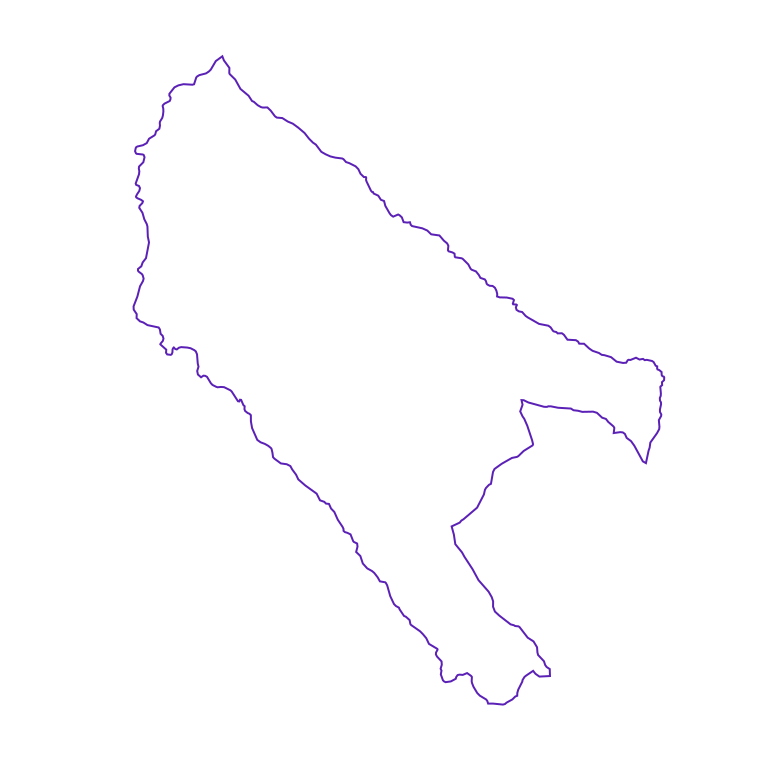 the district of Albán (San José), Nariño, Colombia, rotated 98°
{"feature_id": "7082276B58803331462787", "entity_name": "Albán (San José)", "entity_type": "district", "adm_level": 2, "iso_a3": "COL", "parent_name": "Colombia", "parent_adm1": "Nariño", "projection": "mercator", "projection_center": [-77.067, 1.474], "detail": "fine", "context": "isolated", "style": "outline", "palette": "violet", "viewbox_px": 768, "rotation_deg": 98, "n_neighbors": 0, "source": "geoboundaries", "source_scale": "gbopen_adm2", "svg_char_len": 6156}
<svg xmlns="http://www.w3.org/2000/svg" viewBox="0 0 768 768"><g transform="rotate(98 384 384)"><path d="M82.0,589.7L87.6,595.5L96.8,599.3L98.9,600.9L101.2,603.5L103.8,609.8L105.5,611.9L106.6,612.6L113.6,613.8L114.3,615.4L115.0,624.3L116.9,629.2L119.4,632.8L126.4,636.9L128.3,636.7L130.1,635.2L131.8,635.1L133.6,635.6L136.9,640.4L138.6,641.7L139.5,641.9L142.0,640.9L144.9,640.4L148.6,640.3L151.3,640.6L155.2,642.3L156.7,642.4L159.3,641.8L162.5,642.0L165.4,644.9L168.7,645.3L169.7,645.9L173.8,650.8L178.5,652.5L181.1,656.0L183.1,661.2L183.8,662.2L184.9,662.7L188.1,662.9L190.0,661.8L190.5,661.0L190.3,654.8L190.6,653.9L192.7,652.7L197.9,653.2L202.7,656.8L204.7,656.8L207.4,655.9L210.4,655.8L220.0,657.8L221.3,657.1L222.0,654.2L224.0,652.9L226.9,653.2L230.6,655.0L232.9,655.7L233.7,655.3L234.4,653.9L235.5,650.0L236.6,648.1L238.5,648.5L241.6,650.8L243.6,650.9L248.1,647.0L254.2,644.3L258.6,641.2L260.9,640.2L270.9,638.4L276.5,636.4L292.5,637.2L297.2,639.9L301.2,640.7L304.3,643.6L306.0,643.4L306.8,642.7L308.8,639.1L309.9,638.1L313.1,636.7L315.6,637.0L321.2,639.2L331.7,640.4L342.0,642.8L345.2,642.2L349.2,638.6L353.2,638.2L355.9,634.4L356.6,630.8L358.6,626.4L359.4,615.0L361.2,613.5L365.4,612.2L367.1,609.9L369.7,608.7L372.1,609.0L375.1,610.9L375.9,611.0L380.3,604.4L383.4,604.2L384.9,602.8L384.8,599.2L384.1,598.4L382.1,597.9L379.4,598.2L378.0,597.9L377.1,597.2L378.4,595.6L378.6,594.0L376.6,592.1L375.7,590.0L375.3,583.9L375.5,580.5L376.9,576.5L377.9,574.9L380.6,573.3L389.6,571.3L392.7,570.1L397.1,570.8L400.5,569.6L402.8,566.1L400.9,564.0L400.8,562.3L401.5,560.3L407.4,555.5L408.8,553.7L410.1,549.9L410.4,548.4L409.6,545.0L409.4,541.9L411.6,535.3L412.5,533.9L421.4,526.2L421.4,524.9L419.6,524.4L419.6,523.3L424.5,520.3L425.4,518.9L428.3,518.7L430.0,517.8L431.7,515.0L432.2,513.1L433.4,511.5L439.5,510.6L446.0,508.5L457.0,501.7L458.9,498.1L459.9,493.7L461.3,490.1L463.1,487.1L464.0,486.3L467.6,484.9L471.9,483.7L473.2,482.1L477.0,475.1L477.0,469.1L478.3,465.3L481.3,463.1L486.1,458.4L490.4,455.6L495.4,447.9L502.0,435.4L508.1,431.2L509.0,426.7L510.5,424.8L510.4,421.8L514.7,419.1L517.6,415.4L524.8,410.9L531.2,405.2L533.0,404.0L535.1,403.6L536.1,402.1L536.5,399.5L537.6,396.2L544.0,392.6L544.6,391.8L545.7,388.4L548.7,387.6L554.2,388.2L557.6,383.5L564.7,380.0L568.9,375.0L570.9,369.8L572.4,367.4L576.4,363.3L580.0,360.6L580.2,355.2L580.7,354.5L583.0,352.8L593.2,348.3L600.5,343.5L602.2,341.3L603.4,338.1L605.0,337.2L610.9,331.9L611.4,330.0L614.2,325.8L618.0,324.5L618.9,323.6L623.9,313.8L626.2,310.8L629.8,306.8L635.1,303.3L638.9,294.3L639.7,294.0L642.7,295.1L644.5,295.0L646.5,293.6L650.7,288.4L654.0,287.7L658.1,288.3L659.8,287.2L663.7,287.3L669.2,284.4L670.1,283.3L670.7,281.5L669.2,276.4L665.9,271.9L664.1,271.7L662.0,270.6L661.3,268.8L661.1,265.5L658.7,261.5L661.0,257.0L661.9,256.2L666.2,255.8L667.9,255.2L671.3,253.3L677.0,248.7L679.3,245.7L682.2,238.9L683.5,237.6L686.0,236.4L685.3,231.3L684.9,221.6L684.1,219.7L682.4,218.2L678.5,213.0L675.2,210.5L674.2,208.7L671.3,209.0L667.9,208.5L659.4,205.6L657.9,205.6L654.5,204.1L653.0,202.7L647.3,196.4L649.9,193.7L652.1,189.4L650.1,179.0L643.2,180.2L641.6,183.6L639.8,185.3L636.3,187.0L630.9,193.7L628.5,194.7L623.4,195.8L618.1,200.1L615.2,206.4L605.8,216.0L605.3,217.1L605.4,220.5L604.8,221.9L604.4,225.2L597.3,237.6L593.9,242.5L589.4,245.0L584.0,245.7L582.4,246.5L580.0,247.7L575.1,251.5L565.1,263.1L555.1,270.5L543.9,280.3L539.9,283.3L532.7,291.1L523.5,293.8L515.6,297.2L510.7,289.7L508.5,288.4L506.9,286.5L493.5,274.6L479.5,269.7L474.7,269.3L472.7,268.5L469.2,266.0L468.0,264.2L455.9,263.8L452.7,262.7L446.5,256.2L439.4,247.0L437.7,242.2L436.8,241.0L430.9,236.4L424.1,228.3L422.9,228.0L419.1,229.5L405.4,236.3L398.9,240.3L396.9,242.2L392.2,245.3L385.2,243.9L380.8,245.6L380.6,243.4L382.2,238.5L384.3,222.3L384.0,219.5L383.2,218.1L382.9,215.6L383.3,208.3L382.3,195.5L383.6,192.7L383.5,188.1L384.0,183.8L382.3,173.1L382.9,169.1L387.0,163.3L387.7,159.4L390.4,156.6L394.1,150.8L395.4,149.8L400.6,149.7L398.8,143.4L398.7,140.8L399.9,138.5L403.6,136.2L406.2,131.4L410.3,127.5L424.6,116.9L425.9,113.6L413.0,112.7L410.1,112.1L404.9,112.1L394.7,106.8L390.4,105.2L388.0,105.3L381.5,106.8L377.1,105.1L375.5,105.2L373.3,106.8L372.3,107.0L370.8,107.2L365.5,106.8L363.6,107.2L362.0,108.4L359.5,108.9L357.2,108.3L354.8,108.5L348.8,109.9L348.1,109.9L346.4,108.4L343.5,109.0L341.3,107.2L338.6,107.4L337.8,107.9L337.5,109.4L336.4,110.3L333.5,110.8L331.9,113.4L331.5,115.2L330.6,115.7L328.5,115.9L328.1,117.5L324.7,120.1L323.9,121.8L323.5,127.1L324.1,129.1L323.1,131.0L324.2,134.4L322.9,138.1L325.9,143.3L326.0,145.2L326.6,146.0L329.2,147.1L329.9,150.2L329.5,156.8L325.8,162.9L324.8,169.6L324.8,172.5L323.4,175.4L322.1,182.1L320.3,185.7L316.3,191.5L316.9,196.3L315.0,197.7L313.9,200.1L314.6,208.5L310.2,212.7L309.0,214.9L309.7,219.1L308.6,220.5L308.3,223.2L307.8,224.1L304.7,226.9L303.4,229.4L302.9,238.8L298.1,250.8L296.9,253.2L293.5,257.2L293.3,260.5L292.1,263.1L289.7,264.1L287.3,263.4L286.9,264.0L287.1,267.2L286.5,267.6L282.8,267.0L281.7,268.5L281.3,274.5L282.1,281.4L281.6,284.2L279.1,284.4L275.9,285.7L273.2,287.6L271.8,290.1L272.0,293.1L271.1,295.5L270.4,296.3L268.0,297.3L266.4,298.7L265.5,303.3L262.8,305.3L259.7,308.6L258.6,313.2L257.8,314.3L253.8,317.2L249.1,323.5L248.7,324.6L248.6,331.0L248.1,331.6L245.1,332.3L244.2,334.4L243.6,338.5L242.6,339.3L238.2,339.5L236.0,341.0L233.7,344.7L229.2,349.8L229.2,358.1L226.0,362.5L224.5,367.7L223.7,378.2L222.6,379.7L220.2,380.8L220.9,383.3L221.0,387.1L216.5,389.5L214.7,392.1L214.2,393.6L217.0,398.2L215.8,400.6L214.1,402.3L207.4,407.5L202.8,409.4L202.0,412.7L198.3,415.9L196.8,420.8L195.5,421.6L195.5,422.5L194.4,423.8L186.0,429.4L184.4,430.2L182.3,430.3L181.6,430.8L181.9,432.7L179.1,436.5L174.8,439.3L172.4,442.4L170.1,449.2L169.5,452.5L167.0,455.4L166.5,456.7L166.6,463.7L166.1,468.8L164.6,473.9L162.8,478.4L156.4,484.8L154.9,487.9L151.5,492.4L146.5,497.6L142.2,504.4L138.9,510.5L137.5,515.8L134.8,521.7L135.1,527.2L134.1,529.2L129.1,534.2L126.4,537.9L127.1,542.7L126.9,544.4L125.5,547.9L122.7,552.1L122.1,554.1L117.4,558.2L111.8,567.2L103.2,573.7L98.6,579.9L97.6,580.5L92.5,581.1L85.8,587.6L82.0,589.7Z" fill="none" stroke="#5b21b6" stroke-width="2"/></g></svg>